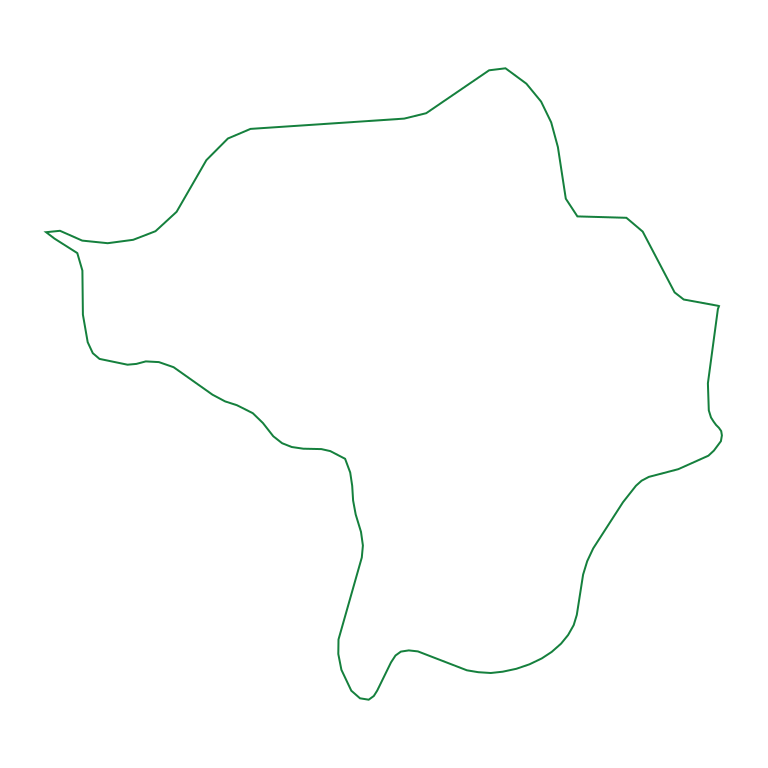 SVG path tracing the border of Butha-Buthe
{"feature_id": "LSO-1211", "entity_name": "Butha-Buthe", "entity_type": "District", "adm_level": 1, "iso_a3": "LSO", "parent_name": "Lesotho", "parent_adm1": "", "projection": "orthographic", "projection_center": [28.556, -28.822], "detail": "fine", "context": "isolated", "style": "outline", "palette": "green", "viewbox_px": 768, "rotation_deg": 0, "n_neighbors": 0, "source": "natural_earth", "source_scale": "10m", "svg_char_len": 1349}
<svg xmlns="http://www.w3.org/2000/svg" viewBox="0 0 768 768"><path d="M505.5,68.3L526.4,83.7L541.1,101.6L551.2,122.4L557.9,147.1L565.8,198.7L577.4,216.4L626.4,217.8L642.7,231.6L674.6,292.4L683.7,299.5L718.1,305.8L719.0,306.1L717.9,309.0L707.9,383.3L708.8,410.4L711.0,417.5L713.6,421.6L716.1,425.0L718.9,427.8L721.2,431.1L721.9,435.4L720.9,441.2L713.9,450.6L708.4,455.7L678.2,469.2L648.8,476.9L641.6,480.7L636.0,485.7L623.0,502.2L593.2,548.4L587.2,561.2L583.1,574.6L576.8,614.9L573.7,625.1L568.1,635.0L561.1,643.6L551.7,651.9L541.8,658.4L529.5,664.3L516.3,668.8L502.7,671.7L490.8,673.0L478.3,672.2L466.9,670.3L417.9,651.4L408.8,650.4L400.9,651.6L395.5,655.5L391.0,662.4L377.2,690.6L373.8,696.0L368.7,699.7L360.0,698.3L351.3,690.7L341.4,669.8L338.3,654.0L338.5,639.5L361.8,557.5L362.9,545.5L361.0,531.9L355.7,514.5L353.1,500.5L352.2,485.8L350.2,472.5L345.1,458.8L330.3,451.1L321.4,449.1L303.3,448.7L291.7,447.0L282.1,443.2L273.3,436.3L262.9,423.0L252.8,413.2L236.9,405.2L225.1,401.4L212.5,394.7L173.6,367.2L158.9,362.1L145.8,361.4L136.4,363.9L127.5,364.7L99.5,358.9L92.8,353.2L87.7,342.2L82.9,314.6L82.4,270.6L77.3,253.1L54.5,238.6L46.1,232.2L60.0,230.8L82.2,240.6L107.7,243.2L133.2,239.8L155.5,231.2L176.6,211.8L206.4,160.1L227.9,138.5L250.5,128.9L404.2,118.6L426.2,113.2L489.1,70.3L505.5,68.3Z" fill="none" stroke="#15803d" stroke-width="2"/></svg>